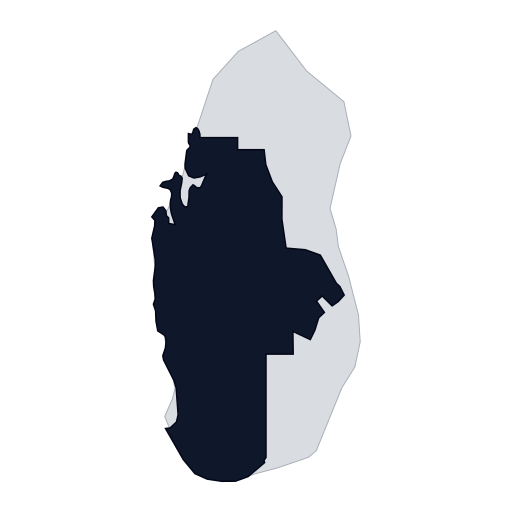 where Ar Rayyān sits in Qatar
{"feature_id": "QAT-1100", "entity_name": "Ar Rayyān", "entity_type": "Municipality", "adm_level": 1, "iso_a3": "QAT", "parent_name": "Qatar", "parent_adm1": "", "projection": "robinson", "projection_center": [50.968, 25.185], "detail": "fine", "context": "in_parent", "style": "filled", "palette": "ink", "viewbox_px": 512, "rotation_deg": 0, "n_neighbors": 0, "source": "natural_earth", "source_scale": "10m", "svg_char_len": 2158}
<svg xmlns="http://www.w3.org/2000/svg" viewBox="0 0 512 512"><path d="M277.4,467.9L255.6,473.7L235.0,479.9L217.8,479.8L204.0,477.3L194.8,471.3L177.2,447.4L164.7,416.4L172.4,399.1L175.0,388.3L158.2,306.7L152.7,243.9L154.7,231.1L164.3,216.3L180.4,183.6L188.9,152.1L213.0,79.3L238.4,51.3L275.8,30.7L306.5,70.9L343.9,101.7L351.0,136.0L340.1,163.9L330.0,208.5L336.1,228.9L338.4,246.6L348.6,276.4L358.5,315.0L360.2,341.9L354.9,366.8L341.9,387.7L316.3,450.6L308.7,457.2L277.4,467.9Z" fill="#d9dde1" stroke="#a8b0b8" stroke-width="1"/><path d="M221.7,481.3L207.1,479.1L194.9,473.6L183.3,459.6L165.5,428.5L170.1,427.9L176.5,421.9L178.1,414.6L176.1,387.7L174.0,380.6L163.6,360.0L162.8,355.8L165.4,347.9L166.0,342.3L165.7,337.3L164.2,335.1L157.8,330.9L156.0,321.3L155.6,310.9L153.4,304.2L155.2,299.1L154.8,293.1L153.7,286.8L153.4,280.7L155.4,265.3L155.2,259.4L151.8,238.2L154.6,226.0L154.9,220.4L151.8,216.9L158.4,207.8L163.0,207.0L165.8,210.6L166.5,215.8L168.7,217.9L168.7,223.4L175.1,224.7L171.3,213.2L170.5,208.4L170.2,203.3L170.6,200.1L171.5,196.7L171.7,193.2L170.2,189.7L168.2,188.4L162.9,187.3L160.1,185.9L162.8,182.3L166.0,181.3L169.4,180.9L172.7,179.0L173.5,177.4L175.0,173.1L176.0,172.2L177.6,172.8L179.1,175.5L180.9,176.1L182.2,178.2L181.7,182.9L180.1,190.6L180.1,196.5L180.4,198.6L182.3,204.0L183.5,205.5L185.2,207.1L187.7,206.3L188.1,205.6L188.0,204.2L189.0,197.6L189.1,190.8L190.2,187.8L193.0,184.8L194.6,185.7L196.6,187.6L200.0,187.8L201.5,185.8L204.9,177.6L206.8,174.1L200.1,176.9L193.9,178.0L188.7,175.8L185.2,168.3L185.0,164.3L186.7,150.9L187.3,149.7L189.7,147.6L190.2,146.1L189.9,145.0L188.7,143.3L188.4,142.1L188.4,133.6L191.7,134.4L192.9,132.2L193.7,129.2L196.0,127.6L197.6,128.6L199.0,131.0L199.9,134.3L200.0,137.6L237.6,137.6L237.6,149.7L264.1,149.7L265.8,164.6L272.3,181.8L282.0,196.8L281.9,219.2L286.1,248.1L305.2,249.7L320.3,255.1L336.4,283.3L339.9,286.6L344.2,295.1L338.2,301.6L332.1,305.9L322.2,296.0L316.5,301.1L324.4,312.4L318.7,317.8L314.9,330.1L310.3,339.6L292.9,331.4L293.2,354.1L266.0,354.1L266.0,457.4L264.0,460.4L264.5,462.2L264.6,462.6L248.1,476.6L235.5,481.2L221.7,481.3Z" fill="#0f172a" stroke="#020617" stroke-width="1.5"/></svg>